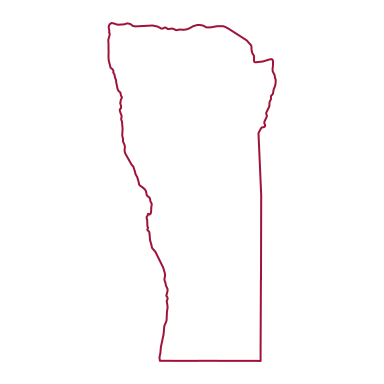 SVG path tracing the border of San Luis
{"feature_id": "ARG-1298", "entity_name": "San Luis", "entity_type": "Province", "adm_level": 1, "iso_a3": "ARG", "parent_name": "Argentina", "parent_adm1": "", "projection": "natural_earth1", "projection_center": [-66.295, -33.924], "detail": "fine", "context": "isolated", "style": "outline", "palette": "rose", "viewbox_px": 384, "rotation_deg": 0, "n_neighbors": 0, "source": "natural_earth", "source_scale": "10m", "svg_char_len": 3691}
<svg xmlns="http://www.w3.org/2000/svg" viewBox="0 0 384 384"><path d="M260.9,279.7L260.6,348.3L260.6,360.8L260.3,360.9L260.1,361.0L257.5,360.9L199.0,360.8L196.6,360.9L160.3,360.8L159.9,360.7L159.5,358.0L159.6,356.7L160.4,352.9L160.9,347.0L163.6,334.2L164.3,326.0L166.3,321.4L166.6,319.8L166.9,312.5L167.6,307.4L167.5,306.1L166.7,301.1L166.9,300.6L167.2,300.0L167.5,299.1L167.6,298.1L167.4,297.4L167.0,296.7L166.3,295.8L167.5,291.1L167.6,289.7L167.3,288.4L166.1,286.0L165.8,285.0L165.6,283.5L164.6,280.5L164.4,279.4L165.1,275.2L164.9,273.5L163.2,267.6L155.4,251.8L152.3,248.3L151.8,247.1L151.5,245.2L150.0,240.0L149.5,233.1L149.0,231.5L147.9,230.6L147.3,229.6L148.1,227.8L147.4,226.3L147.2,220.1L146.6,218.0L146.7,216.9L147.7,215.3L147.9,214.2L148.1,213.9L148.5,213.9L149.4,214.5L149.9,214.4L150.8,213.3L151.1,211.5L151.3,207.2L151.7,204.7L151.6,203.5L150.5,201.5L150.0,198.9L149.5,197.7L148.6,196.9L147.5,196.1L146.7,195.0L146.0,191.3L145.2,189.8L144.1,188.7L143.1,187.7L140.7,186.1L139.5,185.1L139.0,184.1L138.8,182.5L137.2,177.1L135.6,174.3L134.7,170.7L134.4,170.0L133.5,167.1L133.1,166.3L131.7,164.9L125.4,153.7L124.7,151.8L124.6,150.3L124.9,146.7L124.6,145.2L123.0,141.4L123.0,138.5L122.7,137.7L122.2,135.5L122.6,129.1L122.0,121.7L121.4,120.1L121.2,119.1L121.3,118.3L121.6,116.7L121.6,115.8L120.3,112.3L119.7,110.1L120.0,109.1L121.0,108.3L121.1,106.3L120.2,102.9L120.5,102.2L120.8,100.0L121.9,97.5L121.6,96.6L121.0,95.7L120.7,94.3L120.5,92.9L120.0,92.2L119.3,91.6L118.4,90.7L117.9,89.8L117.5,88.7L116.2,82.1L116.1,80.9L115.9,79.8L114.9,77.3L114.6,75.1L114.4,74.4L114.0,73.7L113.6,73.1L113.3,72.6L113.4,71.2L113.3,70.6L112.8,69.7L112.1,68.9L110.6,67.8L108.7,60.3L108.5,56.9L108.6,51.3L108.5,48.8L108.5,43.8L108.4,42.5L108.3,40.7L108.3,40.0L108.5,39.0L109.5,35.5L109.5,35.4L109.6,35.0L109.7,34.4L109.6,33.6L109.3,32.7L109.1,32.5L109.1,32.4L109.2,32.1L109.3,30.8L109.2,30.0L108.8,28.0L108.7,27.2L108.7,26.7L108.8,26.2L109.0,25.5L109.5,24.7L110.1,23.9L111.6,23.0L114.4,23.6L116.5,24.4L117.5,24.6L118.9,24.7L124.5,24.3L126.8,23.5L127.4,23.4L128.2,23.5L129.8,23.9L130.5,24.2L131.1,24.5L132.0,25.3L132.3,25.6L132.6,25.8L133.0,25.9L135.5,26.4L152.5,25.5L157.0,26.4L158.5,27.0L160.4,28.1L161.1,28.5L161.6,28.6L162.2,28.6L163.3,28.3L164.7,27.6L165.1,27.6L165.7,27.6L166.4,28.0L167.7,29.0L167.9,29.0L168.2,29.1L171.7,28.6L172.3,28.6L172.9,28.7L173.8,29.0L175.6,30.0L176.2,30.1L176.9,30.1L179.1,29.6L180.0,29.5L183.2,29.8L186.6,29.4L189.9,28.1L192.6,26.5L194.1,25.9L197.4,25.0L200.0,25.0L203.1,25.6L203.8,25.9L204.2,26.1L205.2,26.8L205.6,27.0L206.2,27.3L207.2,27.4L210.4,27.4L217.1,26.2L222.9,26.2L225.0,26.8L228.4,28.6L246.9,40.5L248.7,42.7L250.5,44.6L251.0,45.2L251.2,45.7L251.5,47.0L251.5,47.4L251.5,48.9L251.6,49.8L251.7,50.7L252.1,52.4L252.7,53.9L253.8,55.5L253.9,55.9L254.1,56.7L254.0,60.2L254.0,60.7L254.2,61.5L254.4,61.9L254.9,62.2L255.7,62.3L262.8,61.5L269.4,59.5L270.7,59.2L271.1,59.2L271.6,59.2L272.0,59.4L272.3,59.6L272.6,59.9L272.8,60.6L273.0,61.7L273.0,64.2L272.9,66.4L272.6,68.5L272.6,70.4L272.7,71.1L273.0,72.0L274.5,74.9L274.8,76.5L275.1,78.1L275.7,79.8L275.7,80.2L275.7,81.0L275.5,83.7L275.1,85.9L273.6,89.6L273.1,92.9L273.0,93.5L272.7,94.1L272.2,94.7L271.2,95.7L271.0,96.1L270.9,96.7L270.9,97.6L271.0,98.7L270.9,99.2L270.7,99.8L269.8,101.5L269.6,102.0L269.5,102.7L269.4,105.7L269.3,106.3L269.0,107.1L266.5,112.2L266.3,112.7L266.2,113.3L266.4,114.3L266.9,115.7L266.8,116.5L266.4,117.5L264.7,121.0L264.4,121.8L264.3,123.1L265.1,125.0L265.1,125.5L265.1,126.0L264.7,126.6L264.3,126.9L263.9,127.1L262.2,127.4L261.6,127.6L261.4,127.8L261.2,128.1L261.0,128.4L258.9,132.3L258.6,133.2L258.5,133.6L261.2,195.2L261.0,279.6L260.9,279.7Z" fill="none" stroke="#9f1239" stroke-width="2"/></svg>